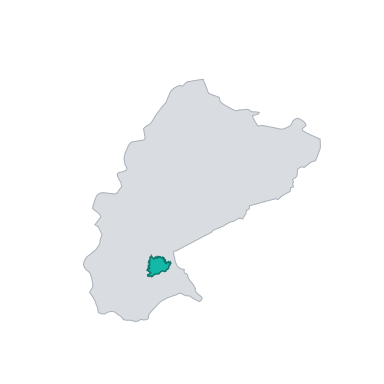 location of Bougouriba, Bougouriba, Burkina Faso, rotated 333°
{"feature_id": "67063806B9563364372336", "entity_name": "Bougouriba", "entity_type": "district", "adm_level": 2, "iso_a3": "BFA", "parent_name": "Burkina Faso", "parent_adm1": "Bougouriba", "projection": "albers", "projection_center": [-3.423, 10.888], "detail": "fine", "context": "in_parent", "style": "filled", "palette": "teal", "viewbox_px": 384, "rotation_deg": 333, "n_neighbors": 0, "source": "geoboundaries", "source_scale": "gbopen_adm2", "svg_char_len": 7498}
<svg xmlns="http://www.w3.org/2000/svg" viewBox="0 0 384 384"><g transform="rotate(333 192 192)"><path d="M278.7,236.0L269.7,236.4L266.5,237.5L264.5,237.5L264.4,236.7L264.2,236.2L252.8,233.6L244.8,232.0L236.7,230.3L236.2,232.0L235.1,233.1L233.3,233.2L232.1,233.0L231.3,234.3L230.0,236.0L228.2,236.9L226.3,238.0L225.3,238.9L224.6,239.0L222.7,236.8L220.2,236.6L215.6,237.0L213.6,236.4L210.7,236.1L204.1,236.6L193.4,235.8L191.7,236.3L191.2,236.7L180.7,236.8L169.1,237.0L159.4,237.1L150.9,237.3L150.9,236.9L148.2,236.8L147.9,237.6L145.5,246.5L145.2,251.3L146.5,254.3L148.0,256.2L149.6,257.0L149.8,258.1L148.5,259.5L148.6,260.9L150.1,262.4L150.5,263.9L149.7,265.6L149.9,269.5L151.1,275.6L151.1,279.6L150.0,281.5L150.5,284.6L152.6,289.0L153.0,290.9L152.3,291.8L150.5,292.9L148.8,292.9L146.7,290.2L145.8,289.0L144.1,286.3L142.7,283.6L140.8,282.4L138.9,281.3L136.7,277.8L134.4,276.2L132.1,276.6L128.7,276.0L121.9,275.1L114.5,275.4L111.5,276.2L108.5,277.4L100.8,280.2L97.8,281.6L95.5,285.0L92.9,284.9L90.3,283.8L88.7,282.2L85.2,282.6L81.8,281.0L78.6,278.0L76.2,277.0L73.1,274.8L72.3,270.6L70.4,267.7L68.6,263.7L66.0,261.8L62.9,260.9L58.7,261.0L56.0,259.4L53.8,257.0L54.4,255.0L55.4,252.1L55.5,249.2L56.2,244.7L55.8,239.0L55.1,235.0L57.4,233.4L60.1,231.9L61.8,229.2L63.6,223.2L64.3,218.0L63.8,216.0L62.9,214.5L62.2,212.2L61.9,209.5L62.4,207.1L64.4,204.9L66.9,203.0L68.7,202.1L73.5,201.2L79.5,199.9L82.9,198.3L85.5,196.8L86.9,195.5L88.3,193.0L90.6,191.0L92.4,189.1L92.7,183.5L92.7,180.4L91.4,178.6L90.6,177.1L99.5,172.8L99.5,169.8L98.3,166.3L96.6,163.6L96.0,161.2L98.4,158.4L100.6,156.4L102.2,154.6L105.6,151.9L109.2,151.2L112.5,152.2L122.1,158.6L123.8,159.0L125.8,158.5L128.4,156.8L131.7,155.5L132.9,151.2L132.7,144.9L133.5,142.1L135.2,141.5L140.8,142.7L142.2,142.8L143.8,142.4L145.0,141.3L144.9,139.3L144.7,137.5L146.5,131.6L149.7,127.3L156.4,121.8L158.5,120.7L160.9,120.1L172.8,123.8L174.7,122.9L177.6,113.5L180.8,112.6L184.7,112.4L187.2,111.6L188.5,111.0L194.1,107.4L204.1,102.5L209.4,100.4L210.5,99.6L214.3,96.2L219.3,92.2L222.6,91.4L227.1,91.1L229.9,91.7L230.7,92.8L231.6,93.4L237.4,91.6L245.9,94.2L253.2,96.7L252.7,98.4L252.7,101.3L252.2,105.9L251.5,111.5L254.5,115.0L258.2,118.8L259.2,120.3L258.2,124.1L258.9,126.4L260.9,130.0L264.2,134.7L267.6,139.5L269.9,140.1L272.1,140.5L273.4,141.3L275.4,142.2L277.3,142.7L279.0,143.7L280.1,144.7L281.6,147.7L285.3,149.6L288.0,151.6L286.9,152.6L283.7,152.2L280.6,151.4L280.2,152.8L280.1,158.3L280.7,162.9L281.4,163.5L284.5,164.3L292.0,170.1L298.8,175.6L301.0,177.1L304.7,177.6L308.9,177.7L310.6,177.2L314.6,174.3L316.7,173.9L318.7,174.0L319.8,174.4L321.7,176.7L323.6,180.1L324.1,182.7L324.0,184.1L323.4,184.6L320.1,185.4L318.7,185.9L318.4,186.7L318.9,188.4L319.6,189.5L323.3,194.5L328.6,201.2L330.2,202.9L329.3,204.9L326.8,210.3L324.9,212.5L316.3,220.2L311.9,219.4L303.0,221.1L301.6,219.4L299.5,219.2L296.9,219.5L296.0,220.2L295.7,220.9L294.8,222.0L293.2,225.0L291.9,225.8L290.3,226.2L288.3,226.2L287.2,226.6L287.2,228.1L286.9,229.4L285.5,230.0L285.0,231.5L285.1,232.9L284.4,233.6L282.7,233.2L281.7,232.9L280.7,234.7L279.6,236.0L278.7,236.0Z" fill="#d9dde1" stroke="#a8b0b8" stroke-width="1"/><path d="M126.7,230.9L126.4,231.4L125.7,231.4L125.3,231.0L125.1,231.1L124.9,231.1L124.7,231.4L124.7,231.6L124.8,231.7L124.8,231.9L124.7,232.0L124.5,232.3L124.2,232.8L123.9,233.0L123.1,233.9L123.1,234.4L123.0,234.5L122.9,234.5L122.9,234.2L122.7,233.9L122.8,233.8L122.9,233.7L122.7,233.6L122.4,233.8L122.1,234.1L122.0,234.3L122.2,234.5L122.3,234.7L122.1,234.7L121.9,234.7L121.7,234.7L121.7,234.8L121.6,234.7L121.5,234.8L121.5,235.0L121.2,235.3L121.4,235.5L121.6,235.4L121.8,235.3L122.0,235.7L122.0,235.9L121.7,236.1L121.6,236.5L121.4,236.6L121.3,236.8L121.1,236.9L121.0,237.0L121.2,237.3L121.2,237.6L120.8,237.6L120.7,237.7L120.7,238.0L120.7,238.3L120.4,238.3L120.0,238.3L120.0,238.1L119.8,238.1L119.6,237.9L119.5,238.1L119.5,238.3L119.6,238.6L119.2,239.0L119.3,239.0L119.3,239.4L119.2,239.4L119.0,239.6L119.2,239.8L119.2,240.0L119.4,239.9L119.4,239.6L119.5,239.7L119.4,239.9L119.5,240.1L119.5,240.3L119.7,240.7L119.6,240.8L119.4,240.9L119.1,240.6L118.8,240.7L118.7,241.0L118.4,240.9L118.4,240.7L118.2,240.5L117.9,241.0L117.8,241.3L117.7,241.3L117.7,241.2L117.5,240.9L117.3,240.8L117.1,240.8L117.1,241.0L117.2,241.3L116.9,241.5L116.7,241.4L116.5,241.5L116.8,241.8L117.1,242.0L117.3,242.4L117.3,242.5L117.4,243.1L117.6,243.3L117.7,243.5L117.9,243.6L118.1,243.9L118.3,244.1L118.2,244.3L118.5,244.7L118.6,244.9L118.7,245.1L118.4,245.3L118.0,245.4L117.9,245.4L117.6,245.4L117.4,245.7L117.1,245.8L116.7,245.7L115.8,245.8L115.6,245.7L115.2,245.6L114.9,245.7L114.5,246.5L114.7,247.1L115.0,247.4L115.3,247.6L115.7,247.7L115.9,247.7L116.5,247.6L116.9,247.6L117.1,247.7L117.4,248.1L117.3,248.5L117.3,248.8L117.6,249.2L118.1,249.1L118.6,249.0L118.8,249.0L119.0,249.0L119.1,248.9L119.8,248.7L120.3,248.4L120.5,248.4L121.0,248.5L121.5,248.5L122.0,248.7L122.5,248.7L122.9,248.7L123.1,248.8L123.8,249.1L124.3,249.4L124.8,249.6L125.0,249.8L125.3,249.8L125.9,249.6L126.1,249.5L126.2,249.4L126.3,249.3L126.8,249.2L127.0,249.2L127.3,249.0L127.7,248.8L127.9,248.8L128.0,248.8L129.4,248.8L129.9,248.8L130.0,248.8L130.6,249.5L131.0,250.1L132.1,250.6L132.3,250.6L132.7,250.4L133.0,250.5L133.3,250.1L133.7,249.9L133.8,249.9L134.2,249.6L134.9,249.7L135.1,249.6L135.6,249.6L136.0,249.5L136.3,249.5L136.5,249.1L137.1,248.5L137.3,248.0L137.4,247.9L137.6,247.8L137.9,247.5L138.4,247.4L138.5,247.3L138.5,247.1L138.8,247.0L138.9,246.9L139.1,246.9L139.1,246.7L139.3,246.7L139.5,246.7L139.8,246.4L140.3,246.1L140.4,245.9L140.7,245.9L140.8,245.8L140.9,245.6L140.8,245.0L140.8,244.9L140.5,245.2L140.4,245.2L140.2,245.2L139.9,245.3L139.7,245.1L139.6,244.9L139.7,244.6L139.9,244.4L140.1,244.2L139.9,244.0L139.8,243.9L139.6,243.9L139.4,243.9L139.4,243.7L139.6,243.5L139.6,243.4L139.5,243.2L139.4,243.2L139.0,243.7L138.7,243.8L138.4,243.7L137.9,243.5L137.9,243.4L137.4,243.0L137.0,243.2L136.8,243.5L136.9,243.8L136.8,244.0L136.5,244.1L136.2,244.1L136.1,243.9L136.1,243.7L136.3,243.7L136.1,243.2L136.2,242.8L136.3,242.7L136.5,242.9L136.5,242.4L136.7,242.2L136.8,242.1L136.6,241.8L136.4,241.9L136.2,241.8L136.0,241.6L135.9,241.6L135.7,241.4L135.6,241.2L135.8,240.8L135.8,240.7L136.0,240.5L136.3,240.3L136.5,240.3L136.9,240.7L137.0,240.7L137.3,240.7L137.5,240.3L137.3,240.0L137.2,239.8L137.0,239.6L136.9,239.4L136.6,239.3L136.4,239.0L136.3,238.8L136.5,238.7L136.9,238.4L136.9,238.2L137.0,238.1L136.9,237.9L137.0,237.7L136.9,237.5L136.8,237.4L136.8,237.5L136.7,237.4L136.4,237.3L136.2,237.2L136.1,237.3L135.8,237.4L135.3,237.4L135.2,237.3L135.3,237.1L135.5,236.9L135.4,236.8L135.4,236.7L134.7,236.1L134.3,236.0L134.3,235.8L134.2,235.8L134.0,235.7L133.9,235.4L134.1,235.2L133.9,234.9L133.7,234.9L133.6,235.1L133.4,235.3L133.0,235.2L133.0,234.9L133.0,234.7L132.9,234.6L132.8,234.9L132.7,234.8L132.6,235.0L132.5,234.9L132.5,235.0L132.4,235.0L132.2,234.9L132.3,234.9L132.2,234.8L132.2,234.7L131.8,234.6L131.7,234.4L131.6,234.5L131.6,234.4L131.5,234.5L131.4,234.5L131.2,234.5L130.9,234.7L130.8,234.8L130.7,234.8L130.7,234.6L130.6,234.3L130.5,234.0L130.8,234.1L130.8,233.9L130.7,233.9L130.6,233.7L130.6,233.8L130.2,233.9L129.9,233.7L129.9,233.4L129.7,233.4L129.7,233.6L129.6,233.8L129.5,234.0L129.4,233.9L129.2,233.9L129.0,234.2L128.9,234.2L128.7,234.1L128.2,234.2L128.0,233.9L127.9,233.9L127.9,234.0L127.7,234.2L127.4,234.0L127.4,233.9L127.5,233.7L127.4,233.6L127.2,233.4L127.2,232.9L127.0,232.5L127.0,232.0L126.8,231.7L126.7,231.4L126.7,231.2L126.7,230.9Z" fill="#14b8a6" stroke="#0f766e" stroke-width="1.5"/></g></svg>